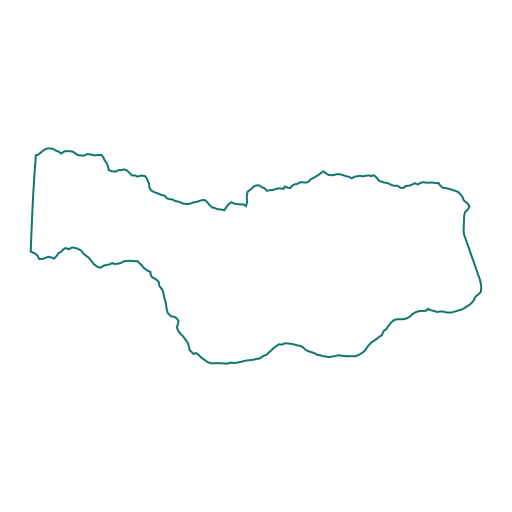 Pinheiros, Espírito Santo, Brazil
{"feature_id": "56859067B9198683889165", "entity_name": "Pinheiros", "entity_type": "district", "adm_level": 2, "iso_a3": "BRA", "parent_name": "Brazil", "parent_adm1": "Espírito Santo", "projection": "albers", "projection_center": [-40.204, -18.372], "detail": "fine", "context": "isolated", "style": "outline", "palette": "teal", "viewbox_px": 512, "rotation_deg": 0, "n_neighbors": 0, "source": "geoboundaries", "source_scale": "gbopen_adm2", "svg_char_len": 4384}
<svg xmlns="http://www.w3.org/2000/svg" viewBox="0 0 512 512"><path d="M326.2,356.6L329.0,357.1L332.3,356.5L335.5,356.1L338.2,355.2L342.4,355.8L345.7,356.1L348.4,356.3L351.6,356.2L355.5,356.2L359.2,354.7L363.1,352.2L365.5,349.9L367.4,346.9L369.3,344.6L371.1,342.6L373.8,340.9L376.6,339.0L379.2,336.8L381.8,335.3L383.0,332.4L384.4,330.2L386.6,328.9L388.0,326.2L389.7,324.5L391.3,322.4L394.0,320.1L397.4,319.2L400.2,319.3L403.8,319.1L406.7,318.4L409.5,316.9L412.6,314.0L416.0,312.1L419.9,310.9L422.8,311.0L426.1,310.7L427.9,308.9L430.4,310.0L433.2,310.8L436.9,311.9L442.0,311.4L446.9,312.5L451.3,312.5L454.6,311.6L458.5,310.5L461.5,309.6L464.3,308.2L466.7,306.5L469.2,305.1L471.3,303.2L473.8,300.3L475.5,296.6L478.4,294.4L480.8,292.0L481.3,286.9L480.5,282.1L479.8,279.4L477.9,274.1L477.1,271.6L476.2,269.2L475.3,266.6L473.9,262.4L472.6,258.9L471.3,255.1L470.1,251.7L469.0,248.5L468.1,246.0L467.2,243.6L466.3,240.9L465.3,238.0L463.9,233.9L463.6,230.1L463.8,226.0L463.9,222.4L464.0,219.0L464.2,215.2L465.2,211.9L467.9,209.5L469.4,206.5L468.1,204.0L463.6,200.2L462.5,197.0L460.6,194.5L458.2,192.0L455.1,190.8L452.1,189.8L449.1,188.8L446.7,188.3L442.5,187.7L440.1,185.4L438.5,183.0L436.0,183.2L432.4,182.5L428.8,182.7L426.3,182.7L423.5,182.2L420.4,182.9L417.9,184.5L415.0,183.2L411.6,184.8L409.1,185.7L405.9,186.0L403.1,188.1L400.1,187.6L397.7,185.8L393.5,185.7L390.4,184.5L387.5,183.0L384.5,182.7L381.8,181.7L379.0,180.8L376.6,177.6L373.8,175.2L371.3,176.1L368.6,175.4L365.4,175.8L362.9,176.4L360.2,175.8L357.1,176.3L354.6,176.7L351.7,178.3L349.0,176.8L345.6,176.1L342.6,174.9L339.8,174.3L336.7,174.2L333.9,175.0L331.2,175.3L328.5,174.9L325.4,172.9L323.1,171.4L321.1,172.9L318.6,174.8L315.7,176.6L313.4,178.0L310.5,179.4L308.8,181.5L306.6,182.5L304.0,182.5L300.9,182.1L297.4,183.8L294.5,184.4L292.3,185.6L290.2,188.1L287.2,187.5L284.9,186.5L283.4,188.9L279.3,188.3L276.3,188.8L272.6,190.0L269.7,190.2L266.8,190.8L264.5,188.2L261.9,187.3L259.6,185.5L257.1,185.3L253.9,186.3L251.4,188.9L247.6,191.7L246.9,195.4L246.8,198.3L247.2,202.0L245.9,206.1L243.8,204.5L240.9,204.4L237.8,204.2L234.3,203.7L231.6,202.2L228.8,204.0L226.5,206.9L224.4,210.2L221.0,209.5L217.1,209.2L214.7,207.9L212.3,207.6L209.5,205.1L207.1,202.0L204.7,200.0L200.7,200.4L197.1,201.8L193.8,202.3L189.7,203.8L185.9,204.0L182.7,203.5L179.8,201.9L175.5,201.1L172.0,199.3L169.2,199.2L166.9,198.2L164.6,195.7L161.0,194.9L158.2,193.5L155.1,192.5L152.5,191.3L150.6,189.7L149.3,187.0L149.1,183.6L147.9,181.3L147.0,178.9L145.2,176.2L141.4,175.5L137.5,176.6L135.3,175.5L131.8,175.4L129.8,173.2L126.5,170.2L123.8,169.4L121.3,170.1L118.3,170.2L115.4,171.7L112.1,171.3L108.9,170.2L108.1,167.0L106.9,163.5L104.6,160.2L103.3,157.3L101.5,155.0L98.0,155.0L94.7,155.4L90.6,154.5L87.4,154.0L84.4,155.6L79.8,155.5L76.5,154.4L74.6,152.9L72.7,151.6L70.0,151.3L66.9,151.1L64.2,151.4L61.3,153.5L58.6,151.6L56.3,150.8L52.8,148.8L48.6,148.3L46.0,148.9L43.8,150.1L41.3,152.1L38.3,154.7L35.9,155.2L34.2,177.5L33.7,186.8L33.3,192.6L32.1,216.9L30.7,251.6L33.5,252.7L36.0,254.2L37.9,256.3L39.2,259.0L42.4,259.0L45.6,257.8L48.6,256.8L51.7,257.5L53.9,258.7L56.6,255.9L58.7,253.0L61.1,251.8L63.0,249.8L65.4,248.0L68.6,249.2L72.5,247.4L76.9,248.4L81.1,250.5L82.7,252.9L85.9,255.7L88.9,257.8L91.5,261.0L93.7,264.1L97.7,267.0L100.8,267.6L103.7,265.6L107.0,264.8L109.4,264.5L112.2,263.1L114.4,264.0L117.9,263.7L120.6,263.1L124.0,261.3L128.3,260.8L132.0,260.9L134.6,261.2L137.7,261.2L139.6,263.4L141.7,265.1L143.7,267.8L146.8,270.2L150.4,272.0L150.8,275.0L152.3,277.5L155.2,278.8L157.1,280.2L158.9,282.3L159.3,285.9L162.0,289.3L163.2,292.0L164.2,297.5L165.2,300.4L166.1,304.5L166.5,308.4L167.8,313.1L171.1,316.4L174.4,316.8L176.9,318.6L178.5,320.8L178.0,324.0L176.8,327.3L178.3,330.9L180.3,333.7L182.9,336.1L185.2,339.3L187.9,342.9L189.1,347.6L189.6,350.0L191.5,351.9L193.4,354.0L195.6,353.0L198.3,354.5L200.6,357.0L202.7,358.6L205.2,360.3L207.5,362.1L211.2,363.3L213.9,363.3L216.6,363.1L220.4,363.3L224.1,363.4L227.1,363.7L230.4,362.7L234.4,363.0L238.0,362.4L241.3,361.8L244.8,360.8L248.4,360.3L251.2,360.0L253.7,359.7L256.2,358.9L259.2,358.6L261.7,357.1L264.0,355.6L266.4,354.9L268.8,352.6L271.8,349.9L274.7,347.3L279.0,344.3L281.9,344.6L285.1,343.3L289.2,343.6L293.1,344.2L297.0,345.3L300.5,345.9L303.4,347.7L305.8,350.0L309.1,351.5L311.9,352.3L314.3,353.1L316.8,354.7L320.4,355.3L323.4,356.2L326.2,356.6Z" fill="none" stroke="#0f766e" stroke-width="2"/></svg>